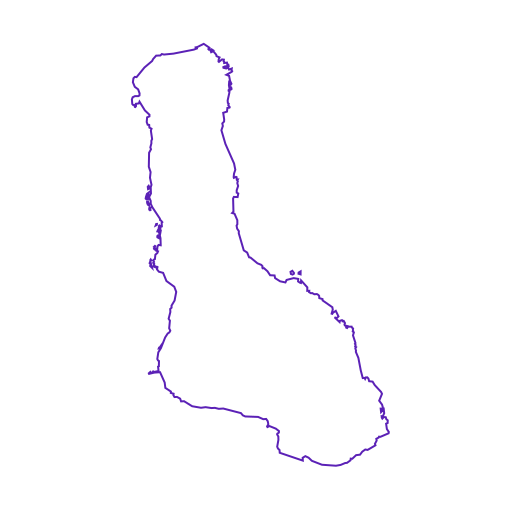 Fefen, Federated States of Micronesia, rotated 175°
{"feature_id": "79324940B58883222100719", "entity_name": "Fefen", "entity_type": "district", "adm_level": 2, "iso_a3": "FSM", "parent_name": "Federated States of Micronesia", "parent_adm1": "", "projection": "natural_earth1", "projection_center": [151.838, 7.342], "detail": "fine", "context": "isolated", "style": "outline", "palette": "violet", "viewbox_px": 512, "rotation_deg": 175, "n_neighbors": 0, "source": "geoboundaries", "source_scale": "gbopen_adm2", "svg_char_len": 6112}
<svg xmlns="http://www.w3.org/2000/svg" viewBox="0 0 512 512"><g transform="rotate(175 256 256)"><path d="M234.2,228.7L238.9,232.3L239.2,235.0L243.6,235.6L245.9,239.8L249.1,243.2L250.3,243.1L250.7,243.7L250.4,245.2L251.5,246.7L255.2,248.6L261.6,254.9L263.0,255.3L264.5,260.2L267.7,262.7L271.2,280.2L270.9,282.2L272.4,284.9L272.7,287.9L271.8,289.3L271.5,293.3L273.7,300.0L276.0,300.9L274.6,302.2L273.8,315.3L272.9,316.8L269.2,316.3L268.2,319.8L269.7,320.8L269.5,323.2L267.7,327.3L268.3,330.3L267.6,332.0L268.1,332.9L267.4,333.9L268.5,334.0L268.5,336.3L269.1,336.6L271.2,335.8L271.4,336.5L270.7,340.0L269.1,343.7L269.8,350.1L276.7,370.3L279.5,384.3L277.7,388.4L278.0,391.0L276.1,392.7L275.8,394.8L276.2,401.5L272.3,402.4L271.6,406.0L269.5,406.1L269.2,406.6L270.5,408.7L269.9,410.0L270.7,410.9L270.7,413.4L268.4,420.7L268.1,422.1L268.9,422.9L268.8,423.7L267.7,424.3L266.8,423.8L265.8,424.5L266.0,426.1L266.5,426.5L267.9,425.8L268.1,428.5L267.7,431.0L266.3,428.8L265.5,429.7L266.6,432.9L267.1,437.8L269.7,439.1L264.1,441.6L263.6,442.2L264.2,443.1L263.8,444.9L266.6,444.1L267.3,446.3L269.3,445.4L272.0,446.3L272.1,447.0L270.5,447.6L266.7,447.7L266.9,449.1L267.9,449.4L268.1,451.2L270.9,451.0L270.8,452.3L271.3,452.8L270.9,454.4L272.7,454.8L276.0,452.6L276.4,453.0L276.0,455.2L275.0,457.0L277.9,458.5L278.1,460.0L280.7,463.7L282.9,462.9L283.3,464.3L282.5,464.0L282.1,465.2L281.5,465.2L282.4,465.9L284.9,465.6L285.4,466.3L284.3,467.6L289.6,471.9L296.2,469.3L298.0,469.1L297.9,468.4L296.7,468.4L296.7,467.9L300.0,467.0L320.6,464.8L330.1,464.7L332.2,465.4L333.8,464.1L338.0,464.3L341.3,461.2L342.5,459.3L350.7,453.5L359.4,444.6L361.1,445.0L362.6,443.7L363.5,439.8L362.0,435.1L358.9,432.3L357.8,428.2L358.1,426.1L359.3,425.5L362.7,425.8L365.0,424.9L366.0,422.8L366.0,418.2L365.3,417.2L364.1,417.0L363.7,415.1L363.3,414.9L362.5,415.7L362.4,418.1L359.4,418.2L358.6,419.9L354.0,410.7L349.8,406.0L350.0,404.4L352.4,403.6L353.2,399.0L352.5,396.2L351.0,395.9L351.0,393.2L349.0,391.9L349.8,390.1L349.3,381.5L350.2,379.9L350.4,377.3L351.8,373.4L351.3,371.5L353.5,368.2L355.0,354.2L353.7,348.8L354.8,343.2L353.9,336.0L354.9,333.7L355.2,327.4L357.9,323.2L357.5,322.2L356.9,322.5L356.1,320.0L356.3,317.2L355.0,313.6L348.5,301.6L348.4,300.1L347.6,299.7L346.4,297.9L347.1,297.3L347.2,293.7L348.4,293.5L349.0,291.3L348.8,290.2L350.8,288.3L350.4,287.2L349.1,288.0L350.0,284.8L349.6,282.1L350.0,275.0L352.1,275.5L353.3,274.1L353.9,271.0L354.6,269.8L353.2,269.2L354.0,267.6L356.1,266.1L357.0,261.7L358.3,261.2L358.8,260.5L358.1,259.0L359.0,258.1L358.1,257.1L359.0,254.5L358.1,254.0L357.5,254.7L356.3,252.9L355.6,253.9L355.1,253.6L355.8,251.3L354.1,248.8L350.0,247.3L347.4,238.9L340.1,232.5L338.6,227.2L341.0,218.7L344.5,213.9L344.6,211.9L346.1,210.7L346.2,207.7L348.5,201.1L347.4,199.1L348.8,191.6L347.9,189.0L349.0,187.4L350.7,186.5L353.6,182.8L358.8,172.4L361.7,168.6L363.3,162.0L362.7,160.5L361.8,159.8L362.4,154.6L363.2,154.3L363.1,149.9L367.8,149.4L368.5,150.0L369.5,148.9L371.1,149.0L371.4,149.7L373.0,148.5L372.8,147.9L367.5,148.7L361.7,148.6L358.0,137.9L357.8,132.5L352.6,128.4L352.8,127.0L350.1,126.0L350.4,124.5L349.5,122.6L347.0,122.5L344.0,120.5L343.3,117.7L340.3,117.6L332.7,111.9L324.0,109.6L319.4,109.8L313.6,108.4L310.2,108.3L306.4,107.0L301.9,106.9L284.7,100.8L283.0,98.4L280.7,97.1L267.9,95.5L263.0,92.8L260.1,92.8L258.7,90.4L258.4,87.3L259.8,85.3L259.5,84.6L257.4,85.4L251.3,82.3L248.4,79.6L248.6,78.1L250.3,77.1L250.5,76.4L249.5,74.3L249.7,70.9L251.5,64.2L250.9,62.3L249.5,60.7L249.5,57.9L227.2,48.1L227.1,50.9L224.3,52.3L221.2,50.5L218.2,47.1L208.5,42.3L194.6,40.1L189.9,40.5L185.2,42.0L183.4,42.0L179.7,44.2L179.3,45.9L177.8,45.6L173.6,48.9L169.7,49.0L167.2,51.8L164.0,53.7L161.7,53.1L153.5,57.0L153.9,58.5L151.9,61.6L152.1,63.4L149.7,64.4L149.2,65.3L147.9,65.0L139.4,67.8L139.0,69.1L140.7,72.2L141.0,77.6L139.4,78.2L139.1,80.8L140.4,82.1L140.8,84.1L142.7,84.4L144.3,83.0L144.8,84.0L144.8,85.5L143.6,85.3L142.0,88.2L142.1,92.3L143.0,91.7L142.6,90.3L143.8,90.7L145.0,89.6L145.1,93.1L143.1,92.9L142.8,94.0L143.4,97.0L145.9,101.1L142.5,107.7L143.2,109.6L149.0,117.1L150.8,120.7L154.2,121.4L154.7,124.1L155.7,125.4L157.1,125.5L158.0,124.0L158.5,125.1L160.3,125.1L161.6,132.8L162.9,145.6L164.9,151.8L164.6,152.9L165.1,155.4L164.2,156.5L165.1,157.2L164.5,158.6L165.1,159.9L164.5,160.6L166.3,168.5L165.2,171.2L166.0,172.2L165.6,172.4L166.0,173.7L165.6,175.3L166.7,176.4L166.9,177.3L170.5,177.6L171.5,176.3L172.4,176.8L172.4,177.4L171.3,178.3L173.6,179.1L173.8,180.2L173.2,181.4L174.2,183.6L174.9,183.5L175.4,182.5L175.2,184.1L175.9,184.6L178.2,184.1L178.5,182.9L183.1,188.1L181.0,187.1L179.1,188.6L181.3,194.4L184.2,192.8L185.1,191.7L185.7,192.0L184.2,195.9L184.4,198.3L193.5,205.9L193.5,207.3L196.6,208.5L196.6,210.8L197.3,211.8L198.7,212.8L201.2,212.8L203.3,214.2L204.5,214.1L206.3,215.4L206.0,216.7L208.0,216.8L207.6,220.3L213.2,227.7L213.6,225.2L214.6,225.6L216.3,227.0L215.9,229.5L220.4,230.7L227.6,229.5L229.0,227.1L234.2,228.7ZM357.3,328.6L359.2,327.4L360.5,324.4L360.9,322.8L360.0,321.8L359.1,322.1L359.3,322.8L357.3,328.6ZM221.1,238.1L223.0,237.2L222.8,235.1L221.3,234.3L220.0,234.8L219.6,235.7L221.1,238.1ZM358.9,319.7L359.8,319.4L359.8,318.3L359.3,316.6L358.2,315.6L357.8,317.5L358.5,317.9L358.9,319.7ZM362.3,255.3L360.6,253.3L361.5,258.4L362.3,258.8L362.6,258.1L361.6,256.7L362.3,255.3ZM212.9,236.8L215.0,235.8L215.2,234.6L213.2,233.8L212.9,236.8ZM356.8,335.3L357.8,334.4L357.7,332.0L356.8,332.3L356.1,333.5L356.8,335.3ZM349.5,294.9L349.9,294.6L350.8,291.0L348.6,294.1L349.5,294.9ZM358.2,175.3L359.8,173.4L360.5,173.2L360.9,172.4L359.5,172.5L358.2,174.4L358.2,175.3ZM356.7,313.5L357.9,313.4L358.2,313.0L358.3,311.5L357.6,310.8L357.1,311.0L357.3,312.0L356.7,313.5ZM351.7,285.1L352.6,284.4L352.6,283.2L351.4,282.4L351.2,284.6L351.7,285.1ZM356.7,271.6L355.8,271.0L355.5,272.1L356.1,272.1L356.4,273.1L357.0,272.5L356.7,271.6ZM352.6,296.6L353.3,295.1L352.1,295.6L351.9,296.6L352.6,296.6ZM356.0,273.9L355.2,275.4L356.6,274.2L356.0,273.9ZM351.6,290.1L352.1,289.1L351.3,288.9L350.7,289.7L351.6,290.1ZM360.7,260.7L361.2,261.7L361.6,261.2L361.6,260.1L360.7,260.7Z" fill="none" stroke="#5b21b6" stroke-width="2"/></g></svg>